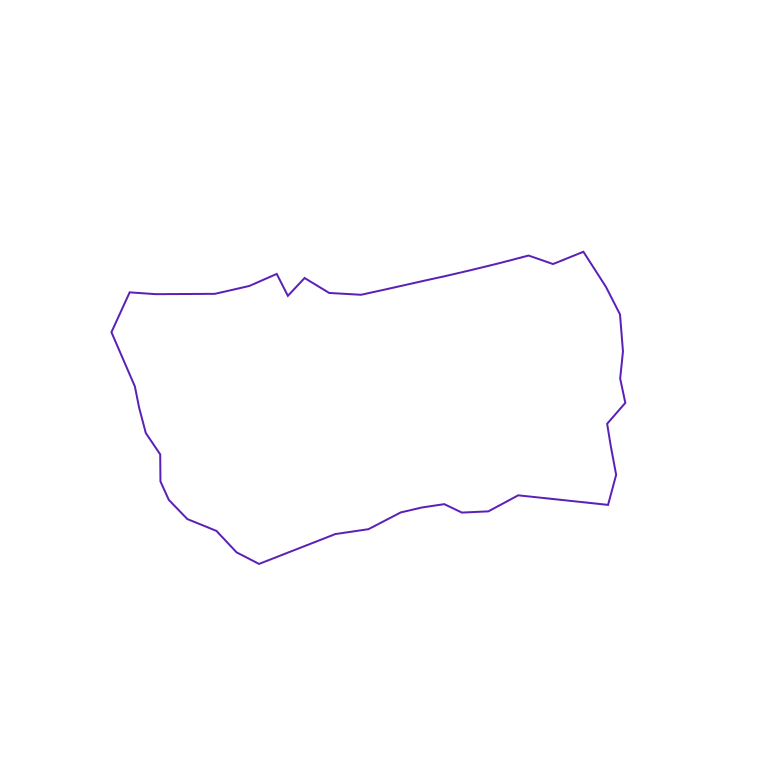 Santa Luzia do Norte, Alagoas, Brazil (Robinson projection), rotated 46°
{"feature_id": "56859067B36657836872761", "entity_name": "Santa Luzia do Norte", "entity_type": "district", "adm_level": 2, "iso_a3": "BRA", "parent_name": "Brazil", "parent_adm1": "Alagoas", "projection": "robinson", "projection_center": [-35.83, -9.61], "detail": "fine", "context": "isolated", "style": "outline", "palette": "violet", "viewbox_px": 768, "rotation_deg": 46, "n_neighbors": 0, "source": "geoboundaries", "source_scale": "gbopen_adm2", "svg_char_len": 729}
<svg xmlns="http://www.w3.org/2000/svg" viewBox="0 0 768 768"><g transform="rotate(46 384 384)"><path d="M626.6,306.8L610.6,280.1L585.9,263.8L567.6,251.1L565.2,223.5L544.1,210.3L526.6,189.5L497.9,165.9L468.4,156.9L427.4,148.7L415.1,179.1L392.0,190.8L376.4,218.5L362.9,241.6L350.5,262.4L337.4,283.7L320.3,311.8L303.9,338.5L280.4,360.2L252.6,367.5L253.8,391.9L230.3,384.7L219.9,412.8L201.6,443.1L182.1,463.5L160.9,485.7L141.4,503.3L157.4,544.1L212.7,564.9L231.1,576.7L253.8,589.4L279.2,593.9L298.8,612.5L317.9,619.3L344.6,619.3L373.2,606.6L402.7,607.0L426.6,598.9L458.1,523.3L477.6,496.1L488.0,461.2L499.1,442.6L512.3,424.1L530.6,417.3L548.1,397.4L557.3,364.8L626.6,306.8Z" fill="none" stroke="#5b21b6" stroke-width="2"/></g></svg>